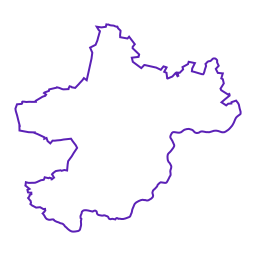 Skaistkalnes pag., Vecumnieku, Latvia (Mercator projection)
{"feature_id": "27541924B21111495244089", "entity_name": "Skaistkalnes pag.", "entity_type": "district", "adm_level": 2, "iso_a3": "LVA", "parent_name": "Latvia", "parent_adm1": "Vecumnieku", "projection": "mercator", "projection_center": [24.578, 56.379], "detail": "fine", "context": "isolated", "style": "outline", "palette": "violet", "viewbox_px": 256, "rotation_deg": 0, "n_neighbors": 0, "source": "geoboundaries", "source_scale": "gbopen_adm2", "svg_char_len": 5649}
<svg xmlns="http://www.w3.org/2000/svg" viewBox="0 0 256 256"><path d="M98.7,30.0L99.9,31.1L99.9,31.5L99.0,34.4L98.7,35.7L98.3,36.9L97.4,40.4L95.6,44.8L90.1,47.6L92.3,52.7L91.5,58.6L88.5,72.2L86.7,80.2L83.9,78.1L82.4,80.2L79.4,83.4L79.2,83.7L75.2,87.9L71.8,87.3L71.4,86.8L69.6,86.3L68.7,88.1L68.5,89.1L64.5,89.3L63.2,89.3L62.2,89.1L59.3,87.9L57.3,87.4L57.3,87.5L49.2,89.4L48.9,90.9L44.5,92.5L44.1,92.9L44.0,93.0L46.1,94.6L45.3,95.8L42.6,96.7L35.7,100.8L35.9,101.8L34.4,101.9L29.0,101.8L26.3,102.0L24.3,101.7L22.6,101.6L22.2,101.9L22.1,103.5L21.6,103.9L17.0,104.3L15.4,108.7L15.8,111.1L17.1,115.4L18.4,120.7L19.7,125.7L19.4,125.7L19.5,130.5L28.7,132.2L34.3,132.4L34.1,132.7L37.6,134.1L44.4,137.3L44.3,138.8L46.5,138.0L47.6,141.1L50.3,143.4L52.5,140.7L54.6,140.7L57.0,140.4L60.6,140.1L63.7,139.5L69.4,138.9L71.0,138.7L72.6,141.1L75.8,145.3L77.1,147.9L73.7,153.0L71.8,156.2L68.2,161.1L68.0,162.0L67.8,163.8L67.7,163.9L67.1,170.5L64.3,170.0L61.6,170.8L60.6,170.3L57.2,170.8L55.7,171.1L53.7,172.6L52.8,173.6L52.7,173.5L52.0,174.3L54.0,177.6L53.8,177.7L51.8,179.4L51.6,179.4L51.6,178.8L51.2,178.2L49.4,177.7L48.6,178.2L44.7,177.3L44.2,178.9L43.7,179.8L41.0,180.2L36.8,182.1L35.2,182.7L33.8,182.8L31.9,182.8L30.1,182.9L29.0,182.9L28.1,182.8L25.9,182.2L25.5,185.3L25.4,185.6L25.7,185.8L29.5,188.9L27.4,189.9L28.0,192.4L29.7,192.7L31.3,192.7L31.4,194.2L29.6,195.1L29.4,196.4L28.1,198.0L30.2,200.5L30.6,200.9L31.0,202.8L30.4,204.0L32.1,205.5L33.7,206.3L36.1,207.6L40.1,207.2L43.4,209.1L45.0,208.9L45.0,209.3L45.3,210.3L45.3,210.5L44.6,211.3L44.3,211.9L43.6,212.4L43.4,212.6L43.2,213.1L42.7,213.5L43.2,214.0L44.1,215.3L44.8,216.4L45.1,217.1L46.0,218.3L46.6,218.9L47.2,219.2L48.6,219.7L49.9,219.8L51.7,219.5L52.9,219.4L53.5,219.5L53.9,219.8L54.1,220.3L54.8,220.8L56.5,221.7L58.7,222.4L60.3,223.2L62.1,223.6L62.8,223.9L63.5,224.5L64.3,225.3L64.9,226.3L66.6,227.7L67.3,228.5L68.6,229.6L70.1,230.7L71.6,231.4L72.8,231.6L73.9,231.6L75.2,231.5L77.0,231.2L78.2,231.0L79.4,230.3L80.0,229.5L81.0,225.6L81.1,224.3L80.9,221.1L81.4,218.9L80.6,218.1L80.5,216.1L81.6,213.4L81.9,211.8L82.9,210.8L84.0,210.3L86.0,210.2L88.1,210.5L92.4,211.5L92.8,211.5L93.1,211.2L94.4,210.7L95.1,210.6L95.7,210.8L96.6,211.5L96.7,211.9L97.0,213.4L97.5,214.3L98.2,214.8L99.0,215.1L101.8,215.6L102.9,215.6L104.0,215.3L104.6,215.4L105.4,215.6L106.5,216.1L107.3,216.3L107.9,216.7L108.2,217.0L108.8,218.4L109.2,218.8L110.0,219.1L110.5,219.2L112.3,218.8L115.3,219.4L115.5,219.0L116.0,218.6L116.3,218.2L116.5,218.1L117.1,218.1L117.5,218.2L118.3,218.6L118.4,218.8L119.8,218.7L121.3,219.0L123.2,219.0L125.3,218.5L129.1,217.1L130.0,216.5L130.2,216.2L130.5,215.5L131.0,214.1L131.5,213.1L131.9,211.7L132.2,209.9L132.7,208.5L133.7,206.2L134.1,205.1L134.8,203.8L135.3,203.3L136.4,202.3L137.0,202.0L138.6,201.1L140.7,200.2L142.5,199.8L142.8,199.8L144.3,200.1L145.0,200.0L146.4,200.4L147.1,200.5L147.9,200.4L148.6,200.2L149.5,199.6L150.8,198.9L151.7,198.2L152.7,197.1L152.9,196.6L153.0,196.1L153.1,195.7L153.0,195.0L152.6,193.6L152.4,192.9L152.5,192.2L153.0,190.6L153.6,189.9L155.0,188.7L157.0,186.5L157.3,185.9L157.5,185.2L157.9,184.6L158.7,183.8L159.8,182.8L160.8,182.3L165.1,182.9L165.8,182.8L166.4,182.6L167.0,181.9L168.2,179.7L169.2,177.7L169.6,176.8L170.2,175.9L170.4,175.5L170.6,174.9L170.6,174.2L170.5,172.8L170.3,171.7L170.3,171.3L170.5,169.9L171.0,168.6L171.1,168.2L171.3,166.8L171.2,166.1L171.1,165.7L169.9,163.4L169.7,163.1L168.5,161.8L168.2,161.1L167.8,160.1L167.6,158.6L167.5,156.5L167.6,155.7L167.8,154.6L168.0,154.1L168.8,153.1L170.1,151.9L171.3,150.5L173.3,147.8L173.8,146.9L174.2,146.0L174.2,145.1L173.8,144.1L172.3,140.8L170.6,138.0L170.4,137.6L170.4,137.3L170.3,136.9L170.4,136.3L170.6,135.5L171.6,133.5L172.0,132.9L173.0,132.2L173.6,132.1L174.3,132.1L178.3,132.7L179.3,132.7L180.1,132.5L181.1,132.2L181.4,132.0L183.7,130.2L184.6,129.7L186.7,129.1L188.9,128.9L191.4,129.6L192.4,130.0L192.7,130.2L193.5,131.0L194.7,132.3L196.1,132.9L196.8,133.0L197.9,132.9L199.0,132.6L200.4,131.7L201.3,131.5L202.0,131.4L203.5,131.6L206.0,132.1L209.3,132.2L211.4,131.6L213.9,130.8L215.3,130.7L216.4,130.7L218.2,131.0L221.7,132.2L222.8,132.3L224.3,132.2L225.6,131.6L228.0,130.0L229.2,129.0L230.4,127.7L232.1,125.7L233.0,124.2L233.9,122.5L235.0,119.8L235.6,118.5L236.2,117.5L237.0,116.7L238.1,115.8L239.9,114.5L240.2,114.3L240.5,113.9L240.6,113.3L240.6,112.5L240.6,111.8L239.6,108.3L238.9,104.8L238.2,103.3L236.1,100.6L231.5,102.2L231.4,103.5L228.2,103.7L226.2,105.4L221.5,102.3L225.1,99.2L229.6,95.6L229.6,95.1L229.4,94.1L229.2,93.9L228.3,94.7L221.2,90.2L220.5,88.7L223.8,83.4L222.8,79.2L221.3,78.4L222.8,73.4L217.8,72.9L215.8,68.9L218.7,65.8L217.1,62.4L217.1,61.4L217.2,61.2L217.1,60.2L216.2,59.2L215.4,58.6L215.1,58.5L213.9,58.4L213.2,58.6L212.7,58.8L211.0,60.6L210.1,61.1L209.1,61.2L208.3,61.4L207.7,61.7L206.3,63.1L206.0,63.7L205.5,64.0L206.1,66.0L204.9,69.5L204.4,71.6L203.7,73.5L203.3,74.2L202.0,74.2L194.3,71.9L191.9,71.3L192.2,68.5L194.9,63.1L188.7,61.8L188.0,64.1L182.5,67.1L183.1,69.4L179.7,72.8L177.5,72.6L178.3,75.8L177.5,76.2L175.8,72.9L175.5,73.1L172.4,76.5L167.7,78.5L167.2,78.3L166.5,72.8L164.2,71.8L166.6,67.4L165.9,67.1L163.5,66.4L160.8,69.8L156.2,67.6L145.1,65.1L144.3,65.0L141.3,68.1L132.8,61.8L132.5,60.5L131.8,57.7L138.5,56.9L138.6,56.2L138.8,55.9L138.7,55.7L139.0,55.3L139.0,54.9L139.0,54.6L139.1,54.4L132.6,48.2L132.7,46.8L134.8,44.2L129.1,36.7L127.5,38.5L120.2,37.2L120.1,35.2L120.3,33.2L120.5,31.9L120.5,30.6L118.6,28.8L118.0,28.0L117.2,28.3L117.6,27.9L117.6,27.1L117.4,26.7L117.1,26.8L116.3,26.6L115.1,26.3L114.2,25.8L113.5,25.6L111.1,25.4L110.0,25.2L108.3,24.5L107.2,24.6L106.4,24.4L105.8,26.8L101.4,27.4L96.7,26.7L98.7,30.0Z" fill="none" stroke="#5b21b6" stroke-width="2"/></svg>